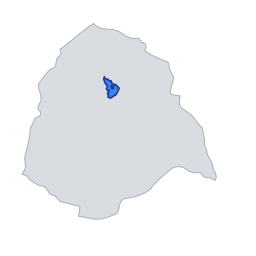 Zvishavane, Midlands, Zimbabwe (highlighted), rotated 191°
{"feature_id": "62879985B59782036697495", "entity_name": "Zvishavane", "entity_type": "district", "adm_level": 2, "iso_a3": "ZWE", "parent_name": "Zimbabwe", "parent_adm1": "Midlands", "projection": "robinson", "projection_center": [30.159, -20.28], "detail": "fine", "context": "in_parent", "style": "filled", "palette": "blue", "viewbox_px": 256, "rotation_deg": 191, "n_neighbors": 0, "source": "geoboundaries", "source_scale": "gbopen_adm2", "svg_char_len": 5111}
<svg xmlns="http://www.w3.org/2000/svg" viewBox="0 0 256 256"><g transform="rotate(191 128 128)"><path d="M181.6,224.0L179.4,222.4L176.3,221.3L172.5,220.8L167.5,221.0L161.3,221.9L154.7,220.8L147.6,217.8L141.7,216.7L134.7,218.0L134.4,218.1L133.2,217.0L131.3,214.8L128.1,214.4L127.2,213.9L126.5,213.1L126.0,212.0L125.8,210.9L126.4,207.2L126.1,206.8L125.2,206.4L123.5,205.9L119.2,204.3L113.9,202.7L105.3,200.9L102.0,200.4L101.2,199.9L100.2,198.5L98.6,194.4L97.0,191.6L93.3,187.3L92.7,186.0L92.9,182.6L93.1,179.9L93.5,177.5L93.3,175.3L93.3,172.6L93.4,170.8L92.9,170.0L91.5,169.5L87.7,169.2L83.1,169.4L82.9,166.6L82.4,162.3L81.5,159.9L80.5,158.6L78.3,157.3L74.0,155.5L68.1,152.7L63.1,148.6L57.3,143.5L55.5,142.6L53.3,137.9L50.1,129.7L50.3,127.0L49.8,125.6L46.6,121.6L45.9,119.5L45.3,117.4L40.3,111.5L38.5,108.9L37.2,105.6L35.9,103.0L34.8,101.9L33.4,100.1L32.4,98.1L31.9,96.6L32.3,94.5L32.7,93.1L37.5,94.6L40.1,94.7L42.2,94.0L44.7,94.9L47.7,97.6L51.0,98.1L54.5,96.5L59.3,97.0L65.4,99.6L70.4,100.1L76.3,97.8L81.6,91.2L86.6,85.1L91.5,78.0L94.4,72.3L98.8,67.6L104.5,64.0L110.3,61.0L119.3,57.3L121.0,54.2L121.6,50.9L121.6,46.2L122.1,43.2L123.0,41.8L124.5,40.7L126.4,39.4L132.3,35.8L137.2,33.5L143.3,32.1L149.8,32.1L156.2,32.0L159.8,32.0L159.8,36.5L160.1,41.5L160.8,42.0L165.6,42.1L173.2,42.5L180.6,42.8L185.3,46.5L186.9,47.3L191.8,48.2L198.0,54.3L205.6,54.9L210.7,56.8L215.3,58.9L217.9,61.4L219.6,62.0L221.9,62.2L223.0,62.4L222.7,64.2L221.2,67.3L221.4,71.6L223.5,77.7L223.7,83.0L223.0,92.3L223.0,101.3L223.2,104.5L223.6,106.7L224.0,107.8L223.9,109.2L222.7,113.0L221.6,116.9L221.6,118.5L221.2,119.6L220.5,120.6L217.2,122.5L216.6,123.6L216.6,125.7L217.0,127.4L218.3,128.0L219.7,129.0L220.3,130.3L220.3,131.7L219.8,134.2L218.5,138.4L219.8,143.2L221.2,146.3L223.3,149.9L224.1,152.2L224.0,153.8L223.7,155.3L220.7,161.9L218.5,166.0L215.8,170.4L212.2,173.2L211.3,174.5L211.0,176.0L211.1,179.3L210.9,182.7L207.9,188.0L209.7,192.6L209.3,193.0L208.3,193.7L203.9,198.8L199.5,204.0L196.3,207.8L192.7,212.1L188.6,216.9L185.1,221.0L181.6,224.0Z" fill="#d9dde1" stroke="#a8b0b8" stroke-width="1"/><path d="M153.6,156.4L153.6,156.2L153.4,156.1L153.5,155.9L153.5,155.7L153.4,155.6L153.5,155.5L153.5,155.4L153.5,155.2L153.4,155.0L153.4,154.9L153.5,154.9L153.6,154.6L152.9,154.4L152.3,154.2L151.9,154.1L151.2,153.9L150.8,154.0L150.0,154.7L149.6,155.0L149.5,155.3L149.5,155.7L149.4,155.8L148.5,156.0L147.6,157.8L147.3,157.7L146.9,157.5L146.5,158.1L146.3,158.4L146.1,158.8L145.9,159.2L145.5,160.3L145.2,161.1L145.1,161.3L144.9,161.8L144.9,162.6L144.8,162.8L144.5,163.8L144.0,165.3L144.1,165.2L144.3,165.2L144.4,165.3L144.5,165.5L144.7,165.8L144.8,165.7L144.8,165.8L145.0,165.9L145.0,166.0L145.3,166.2L145.5,166.1L145.6,166.3L145.6,166.5L145.8,166.5L146.2,166.6L146.5,166.8L146.9,167.1L147.0,167.4L147.2,167.5L147.4,167.5L147.5,167.6L147.9,167.6L148.0,167.6L148.1,167.9L148.1,168.0L148.3,168.0L148.5,168.1L148.8,168.2L149.0,168.1L149.3,168.5L149.5,168.6L149.9,168.7L149.9,168.8L149.9,168.4L149.9,167.4L149.9,167.0L152.4,169.3L152.5,169.4L152.7,169.6L152.8,169.7L153.1,169.9L153.1,170.0L153.3,170.2L153.4,170.4L153.3,170.9L153.4,171.0L153.6,171.0L153.8,171.0L154.0,170.9L154.2,170.7L154.3,170.5L154.5,170.7L154.5,170.8L154.9,170.7L155.0,170.7L155.0,170.9L155.1,171.1L155.4,171.2L155.7,171.1L156.0,171.3L156.3,171.3L156.5,171.5L156.8,171.8L156.8,171.7L157.1,171.6L157.3,171.7L157.6,171.9L157.6,172.0L157.9,172.1L158.1,172.1L158.3,172.1L158.5,172.0L158.8,171.9L159.0,171.9L159.2,172.0L159.4,172.1L159.6,172.2L159.8,172.2L159.9,172.3L160.0,172.3L160.2,172.5L160.3,172.5L160.3,172.4L160.2,172.4L160.3,172.2L160.5,172.1L160.6,172.3L160.8,172.5L160.9,172.8L160.8,173.0L161.0,173.2L161.0,173.3L161.0,173.5L161.2,173.3L161.1,173.1L161.1,172.9L161.1,172.7L161.1,172.3L160.9,172.1L161.0,171.9L161.1,171.7L161.3,171.7L161.3,171.4L161.1,171.1L160.9,170.8L160.6,170.4L160.4,169.9L160.2,169.8L160.1,169.7L160.2,169.4L160.0,169.1L159.8,168.9L159.7,168.7L159.2,168.3L159.1,168.2L159.0,167.9L158.9,167.6L158.7,167.7L158.5,167.8L158.3,167.6L157.9,167.0L157.9,166.9L157.8,166.6L157.9,166.4L157.8,166.2L157.7,166.1L157.2,165.9L156.9,165.9L156.7,165.8L156.4,165.8L156.2,165.7L156.0,165.3L156.0,165.2L156.0,164.9L156.4,163.8L156.4,163.7L156.5,163.6L156.6,163.4L156.6,163.2L156.8,163.1L156.8,162.9L156.9,162.6L156.8,162.4L156.1,161.7L154.9,160.6L154.2,161.3L153.9,161.6L153.8,161.4L153.7,161.4L153.7,161.2L153.8,161.2L154.0,161.0L154.0,160.8L153.9,160.8L154.0,160.6L154.1,160.2L154.0,159.8L154.0,159.6L153.9,159.5L153.9,159.4L154.0,159.2L154.2,158.9L154.3,158.7L154.6,158.6L154.6,158.4L154.6,158.2L154.6,157.9L154.7,157.7L154.3,157.4L154.2,157.3L154.1,157.1L153.9,157.0L153.9,156.9L153.7,156.8L153.5,156.7L153.6,156.4L153.6,156.4ZM150.1,164.0L151.0,163.6L151.3,163.9L151.5,163.9L151.7,164.0L152.1,164.5L152.5,165.0L152.4,165.7L152.4,166.0L152.4,166.5L152.3,166.4L152.2,166.3L152.2,166.2L151.8,166.1L151.7,166.1L151.6,165.9L151.4,165.9L151.3,165.7L151.2,165.5L151.2,165.4L150.9,165.4L150.8,165.2L150.7,165.1L150.4,165.1L150.4,164.9L150.2,164.8L149.8,164.5L149.9,164.4L149.9,164.2L150.0,164.1L150.1,164.0Z" fill="#3b82f6" stroke="#1e3a8a" stroke-width="1.5"/></g></svg>